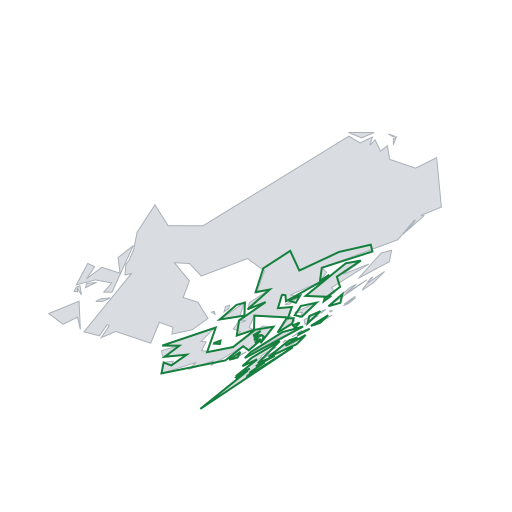 where Nunavut sits in Canada, rotated 147°
{"feature_id": "CAN-634", "entity_name": "Nunavut", "entity_type": "Territory", "adm_level": 1, "iso_a3": "CAN", "parent_name": "Canada", "parent_adm1": "", "projection": "equal_earth", "projection_center": [-85.605, 67.518], "detail": "medium", "context": "in_parent", "style": "outline", "palette": "green", "viewbox_px": 512, "rotation_deg": 147, "n_neighbors": 0, "source": "natural_earth", "source_scale": "10m", "svg_char_len": 5636}
<svg xmlns="http://www.w3.org/2000/svg" viewBox="0 0 512 512"><g transform="rotate(147 256 256)"><path d="M91.3,264.3L74.4,242.8L50.9,240.1L73.9,196.1L95.1,200.1L93.3,198.3L121.1,194.2L106.7,197.7L102.9,199.4L103.6,199.8L128.2,192.4L207.2,210.1L205.6,203.8L215.4,200.5L204.8,200.4L214.0,199.1L248.8,204.7L244.3,201.4L249.4,200.9L255.2,201.9L252.8,207.2L255.2,209.1L265.7,200.4L253.8,193.8L262.2,187.0L290.4,206.6L300.7,199.7L298.1,195.3L315.5,199.8L310.2,201.1L314.9,207.1L306.9,210.2L302.1,207.5L300.9,207.3L299.8,207.8L305.0,210.9L273.2,212.1L291.7,215.6L287.0,220.5L263.1,220.6L275.7,224.7L257.0,239.0L264.6,258.5L312.8,269.0L315.8,285.9L328.1,294.8L325.4,271.4L339.7,260.8L329.9,248.9L330.3,229.8L349.6,228.9L369.1,236.3L364.5,241.5L373.2,253.0L391.8,240.2L414.7,269.1L430.3,271.8L417.3,277.3L418.0,279.6L430.8,274.3L441.5,286.1L370.0,309.2L376.3,311.5L369.6,319.9L365.0,321.4L354.9,328.1L342.8,340.7L312.9,353.9L313.2,329.3L284.0,310.2L112.9,305.9L107.1,294.1L93.7,292.4L100.0,286.9L92.9,288.5L94.5,276.1L85.7,276.9L91.3,264.3ZM293.8,190.7L300.8,190.6L298.3,182.9L313.2,180.8L316.2,187.2L353.0,188.7L349.5,191.4L374.5,197.7L364.1,199.3L399.1,209.0L391.1,216.9L382.8,213.0L386.3,210.5L368.3,211.0L388.9,222.8L386.9,228.1L369.5,222.8L382.2,231.9L329.4,218.4L348.6,214.3L344.6,211.1L353.2,206.3L345.7,200.0L323.9,192.2L288.5,193.6L280.3,187.1L300.0,180.6L293.6,184.1L300.0,189.3L293.8,190.7ZM275.7,159.4L385.6,158.1L323.6,165.0L339.0,165.8L311.0,169.6L326.3,170.9L315.9,172.9L282.8,171.9L293.2,169.9L288.7,168.3L301.9,169.4L305.2,169.2L308.9,167.7L293.3,165.7L306.3,165.7L311.9,165.2L294.4,162.2L316.5,163.7L307.3,162.1L329.5,160.9L322.7,160.8L329.3,159.8L275.7,159.4ZM165.8,187.8L209.9,188.3L209.6,182.7L216.4,182.6L236.0,195.4L185.6,200.9L170.6,194.4L193.3,193.4L165.8,187.8ZM391.5,330.5L379.4,315.6L372.5,329.8L353.1,331.6L396.5,304.1L403.4,308.6L391.6,312.0L403.8,323.5L422.3,329.7L401.1,341.4L397.2,334.9L410.4,329.2L391.5,330.5ZM147.3,178.6L182.1,181.5L149.6,190.3L139.1,187.0L147.3,178.6ZM256.9,162.5L290.2,162.0L299.8,164.5L276.2,167.2L266.1,165.2L276.8,164.3L256.9,162.5ZM255.2,171.2L285.1,175.1L321.5,176.8L275.1,177.6L255.2,171.2ZM175.7,175.6L222.2,174.3L194.2,178.4L187.3,177.6L200.7,175.8L175.7,175.6ZM443.3,290.1L439.0,301.9L455.0,303.8L461.1,320.6L429.0,314.5L443.3,290.1ZM230.8,184.1L253.2,180.5L247.7,183.4L254.3,187.5L230.8,184.1ZM290.9,223.3L302.4,214.4L320.7,222.3L290.9,223.3ZM258.9,180.8L279.3,180.2L259.9,186.8L258.9,180.8ZM185.7,169.4L178.2,172.5L156.6,173.0L172.4,169.6L185.7,169.4ZM252.1,172.0L250.4,176.4L232.4,174.6L239.4,174.0L236.7,172.0L252.1,172.0ZM224.1,164.9L244.4,165.8L247.9,167.7L224.1,164.9ZM89.8,295.2L103.1,297.6L111.1,309.2L89.8,295.2ZM316.1,180.9L330.3,181.5L334.9,183.7L316.1,180.9ZM241.0,198.6L254.4,197.3L258.3,199.5L241.0,198.6ZM262.5,174.5L263.4,177.7L255.7,176.4L262.5,174.5ZM254.2,165.7L263.0,167.5L250.6,165.8L254.2,165.7ZM334.1,202.0L340.7,205.4L332.3,205.1L334.1,202.0ZM198.4,167.7L208.4,167.6L194.6,168.2L198.4,167.7ZM224.1,181.2L217.7,182.2L214.9,181.5L224.1,181.2ZM423.5,318.5L423.4,326.7L425.1,323.0L427.8,325.3L423.9,327.7L419.8,326.9L423.5,318.5ZM204.3,165.8L209.7,166.7L195.0,166.8L204.3,165.8ZM415.0,305.2L408.8,304.4L401.1,300.2L409.3,301.4L415.0,305.2ZM313.3,226.5L309.0,230.2L305.1,229.1L307.4,226.7L313.3,226.5ZM73.5,279.4L80.2,274.5L76.9,279.6L73.5,279.4ZM257.9,168.7L268.0,168.3L269.6,168.6L257.9,168.7ZM233.0,172.5L230.5,174.1L226.6,173.1L233.0,172.5ZM404.1,320.6L407.9,321.4L416.3,322.3L412.8,325.2L404.1,320.6ZM322.1,229.5L323.8,233.1L321.1,232.2L322.1,229.5ZM177.0,173.1L171.4,174.9L169.3,174.6L177.0,173.1ZM280.7,168.8L277.6,169.5L276.9,168.9L280.7,168.8ZM224.3,168.7L224.2,169.9L221.4,168.4L224.3,168.7ZM74.1,280.4L76.3,281.9L78.5,286.3L74.1,280.4Z" fill="#d9dde1" stroke="#a8b0b8" stroke-width="1"/><path d="M213.9,199.0L255.5,201.7L252.7,207.1L255.1,209.2L255.9,208.9L266.0,200.3L253.7,193.7L262.5,186.9L289.8,206.9L297.9,195.2L315.5,199.7L305.3,211.2L273.0,212.1L292.1,215.9L262.7,220.4L276.0,225.9L256.6,241.7L224.5,241.7L227.6,220.2L184.2,214.2L153.6,203.0L155.9,196.4L207.2,210.3L215.9,200.3L204.8,200.4L213.9,199.0ZM328.8,217.9L349.4,202.0L324.8,192.1L297.0,194.7L279.9,187.2L299.6,180.4L293.3,184.2L294.5,186.9L300.8,189.6L299.3,189.5L292.9,190.7L300.9,191.0L301.6,188.2L299.1,188.1L297.9,187.3L296.1,187.0L296.0,186.8L303.4,186.8L297.4,183.6L304.2,184.1L298.3,182.9L313.5,180.8L315.9,187.3L338.5,185.1L399.2,209.0L391.5,217.0L386.6,210.3L367.9,211.0L387.5,221.2L369.1,222.5L383.4,231.9L328.8,217.9ZM386.0,158.1L325.5,164.3L338.7,164.6L338.9,165.0L322.4,165.0L338.3,166.2L311.4,168.6L327.4,171.0L314.9,173.0L282.4,171.7L312.9,165.0L294.4,162.1L316.1,163.8L306.5,162.1L325.2,161.6L318.3,161.5L329.8,159.8L274.7,159.4L386.0,158.1ZM202.3,184.3L218.8,183.1L236.1,195.5L184.6,201.0L170.6,195.1L199.5,194.6L202.3,184.3ZM257.4,162.7L270.0,159.9L300.3,164.5L273.9,167.2L265.7,165.2L280.2,164.6L257.4,162.7ZM320.8,176.5L312.4,178.3L275.0,177.7L255.0,171.2L320.8,176.5ZM255.7,185.2L245.6,189.6L230.7,183.9L250.7,180.1L255.7,185.2ZM321.0,222.5L299.1,225.6L290.7,223.0L298.2,212.3L321.0,222.5ZM279.6,180.1L264.4,187.0L258.3,183.3L262.5,179.5L279.6,180.1ZM249.3,171.4L244.0,176.6L232.0,174.6L249.3,171.4ZM204.3,177.0L210.7,170.8L222.5,174.4L204.3,177.0ZM227.7,167.0L238.6,165.0L248.1,167.5L227.7,167.0ZM321.3,184.1L326.7,180.9L335.0,183.6L321.3,184.1ZM248.1,195.1L253.1,201.1L240.8,198.6L248.1,195.1ZM262.4,174.5L262.7,177.7L255.6,176.5L262.4,174.5ZM262.5,167.8L250.6,165.7L263.5,166.8L262.5,167.8ZM334.3,201.9L339.2,206.0L331.9,204.3L334.3,201.9ZM223.8,181.1L220.8,183.8L217.9,182.2L214.5,181.6L223.8,181.1Z" fill="none" stroke="#15803d" stroke-width="2"/></g></svg>